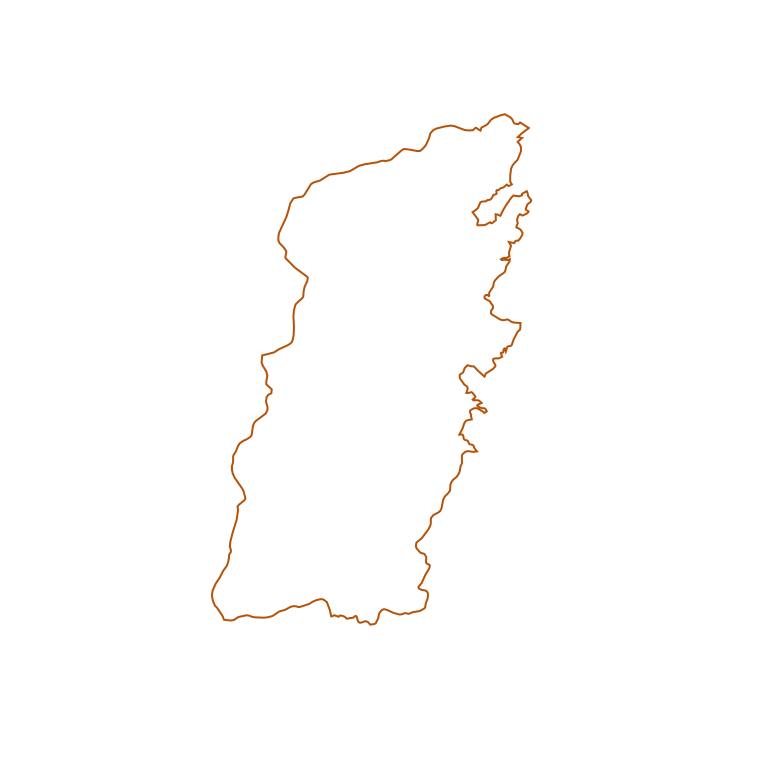 outline of Tam Dao, Vĩnh Phúc, Vietnam, rotated 233°
{"feature_id": "81297802B33900605812276", "entity_name": "Tam Dao", "entity_type": "district", "adm_level": 2, "iso_a3": "VNM", "parent_name": "Vietnam", "parent_adm1": "Vĩnh Phúc", "projection": "robinson", "projection_center": [105.582, 21.459], "detail": "fine", "context": "isolated", "style": "outline", "palette": "amber", "viewbox_px": 768, "rotation_deg": 233, "n_neighbors": 0, "source": "geoboundaries", "source_scale": "gbopen_adm2", "svg_char_len": 6166}
<svg xmlns="http://www.w3.org/2000/svg" viewBox="0 0 768 768"><g transform="rotate(233 384 384)"><path d="M586.7,423.2L584.7,417.9L580.2,412.2L576.0,406.3L568.2,391.7L567.1,390.2L565.2,388.3L562.6,386.3L560.6,385.5L559.1,385.4L553.8,386.1L549.1,385.9L548.1,385.4L544.7,381.6L543.8,381.1L530.4,382.9L515.8,387.2L514.9,387.2L512.5,384.8L509.4,379.1L506.6,375.8L502.3,372.0L501.8,370.5L501.1,363.1L500.7,361.2L499.3,359.2L496.6,356.0L492.8,352.6L483.3,346.1L477.5,341.3L474.4,337.9L473.2,336.0L472.7,334.6L472.7,332.7L473.0,330.0L475.0,320.9L475.4,315.2L480.1,303.9L475.0,299.3L472.1,298.3L464.8,297.5L460.9,295.9L456.7,291.4L454.5,289.8L447.3,291.1L444.5,288.6L445.0,284.7L444.0,282.1L440.8,279.1L436.4,277.4L434.6,276.3L433.3,275.1L432.0,272.7L431.6,271.3L431.6,259.1L431.1,257.1L429.6,254.4L423.4,248.1L422.4,246.5L422.2,245.0L422.5,241.0L423.4,236.7L423.4,232.9L422.2,229.9L419.4,225.3L417.9,221.3L417.0,220.0L412.6,216.6L409.5,212.7L406.5,210.7L403.8,209.4L398.9,208.3L385.2,207.8L382.6,207.2L376.3,204.6L375.5,203.6L375.2,202.4L374.9,195.5L374.3,193.3L371.7,191.9L370.3,190.7L364.3,184.7L356.4,173.7L350.9,166.8L347.1,163.1L343.7,161.9L342.0,160.6L341.0,157.9L340.2,156.9L339.0,156.0L335.9,152.8L333.4,149.1L331.6,143.2L328.2,136.2L325.9,129.6L322.3,123.1L319.4,119.9L317.0,118.4L313.3,116.7L308.4,115.6L306.1,116.0L297.7,115.6L295.2,115.3L292.1,114.3L287.4,119.2L285.9,122.0L285.5,127.6L282.0,135.1L279.9,137.1L277.9,138.2L275.6,140.2L269.6,147.5L267.7,150.7L266.2,154.2L265.7,156.2L265.4,163.4L263.2,169.0L262.3,175.0L261.1,178.0L259.5,179.9L257.4,181.4L256.6,182.6L253.4,191.7L253.0,196.2L252.3,199.2L250.8,202.9L249.7,204.8L248.4,205.8L246.9,206.4L244.2,207.1L236.3,204.8L230.2,202.0L229.6,203.0L229.3,205.1L225.4,207.7L225.7,209.0L225.3,210.0L223.0,211.9L221.6,212.6L219.1,213.0L218.3,213.9L217.8,215.6L216.0,218.4L216.0,221.6L215.7,221.9L214.5,222.1L210.2,220.5L208.8,220.6L208.1,220.9L207.2,222.1L205.8,226.4L203.8,227.9L200.1,228.2L198.1,231.8L197.9,233.4L200.4,238.5L202.7,240.8L204.0,242.9L204.6,245.1L204.7,247.0L204.3,248.2L203.6,249.1L201.3,250.7L195.4,253.9L190.4,257.8L189.6,259.2L188.3,263.1L185.6,265.3L184.4,269.8L181.2,275.8L180.5,280.6L180.7,282.3L183.8,285.5L186.5,289.8L189.2,292.3L190.4,293.1L192.6,293.4L194.5,292.5L196.3,290.7L198.8,289.0L200.2,288.8L201.3,289.6L202.4,294.4L206.5,301.8L209.6,309.3L211.4,311.4L212.4,311.4L214.3,310.3L215.5,310.0L217.5,311.0L219.9,313.4L223.0,314.0L224.4,313.8L226.7,311.9L227.8,311.5L233.1,311.1L235.2,311.8L237.5,314.0L237.9,314.9L238.1,321.4L241.1,331.7L242.9,335.5L244.0,337.0L248.1,340.3L248.9,341.5L249.6,344.6L248.7,350.0L248.8,352.6L250.0,355.0L255.8,361.4L257.5,364.6L258.3,370.1L259.2,372.7L263.6,376.4L265.0,378.7L265.9,381.4L266.1,386.3L267.5,390.0L268.8,392.0L272.2,395.6L273.9,398.8L278.8,402.2L280.5,403.9L281.0,407.7L280.0,410.5L276.0,414.5L274.2,417.7L278.5,417.6L280.5,418.3L281.9,418.2L284.6,416.0L288.2,416.7L291.3,414.7L292.2,414.7L294.9,416.1L296.3,416.2L297.0,415.6L298.2,413.7L301.3,420.1L304.3,424.4L305.2,426.9L305.0,428.5L302.9,432.8L306.0,434.2L306.9,435.0L309.7,435.7L310.9,436.7L310.9,438.6L310.5,440.9L310.0,442.1L308.3,444.0L302.1,446.5L300.5,446.6L300.3,449.6L302.3,450.0L304.0,449.8L304.9,448.5L307.5,446.5L310.6,445.4L311.1,446.2L310.1,450.5L313.2,450.0L314.3,449.4L317.3,445.5L318.2,445.4L318.4,448.7L319.2,449.5L324.1,449.3L324.9,448.9L326.1,445.9L327.4,444.4L329.6,447.8L331.4,448.7L332.6,448.7L334.9,447.8L342.6,448.0L344.6,449.0L345.8,450.2L345.6,454.1L348.2,458.1L348.7,462.0L345.2,464.7L344.0,466.4L338.9,466.9L329.4,468.7L331.1,471.6L330.4,480.0L331.1,483.6L332.7,484.6L334.7,484.6L337.1,485.2L338.3,486.4L337.1,489.0L335.8,490.3L335.1,492.2L334.7,494.8L338.3,495.8L338.5,496.4L337.5,497.9L337.6,498.4L339.6,500.3L339.9,501.7L339.6,501.8L336.6,500.8L339.4,504.6L339.3,506.0L338.1,508.0L338.3,509.5L341.4,514.1L345.2,521.8L345.5,525.1L346.6,526.5L350.6,529.7L354.9,524.7L357.0,523.2L360.4,522.0L361.4,521.3L362.9,517.9L365.5,515.6L374.9,511.9L376.0,512.0L377.9,513.4L379.2,517.0L380.9,518.0L386.7,518.2L391.0,516.2L392.2,516.1L392.8,516.4L393.6,517.4L393.7,519.1L392.8,520.2L391.3,520.5L391.1,521.1L393.6,522.9L396.1,529.8L398.8,532.7L399.9,534.8L400.9,540.4L400.7,547.2L401.3,548.8L404.5,552.7L406.2,557.6L407.0,558.8L408.0,559.6L408.2,557.9L411.0,554.6L412.1,552.7L413.2,552.5L413.1,554.1L412.2,556.1L410.9,557.9L410.5,561.1L413.2,562.4L414.6,563.9L415.6,565.5L418.1,568.7L422.2,569.2L418.1,572.9L418.9,574.3L419.0,575.2L418.7,576.2L417.7,577.5L418.4,580.7L420.0,584.4L421.2,585.5L424.8,586.0L428.2,584.8L428.9,584.1L429.5,584.1L430.1,584.5L431.9,587.6L435.0,589.0L436.1,590.4L437.6,592.9L437.8,594.8L435.4,595.8L435.0,596.4L434.2,600.7L434.3,602.5L434.9,603.3L437.7,602.2L438.5,602.5L440.9,606.2L441.2,607.2L441.2,610.9L442.2,612.2L447.3,612.2L450.0,613.5L452.1,614.0L452.8,608.7L451.7,607.8L452.6,604.8L456.7,600.7L456.2,597.8L453.5,589.4L451.3,584.1L448.3,578.2L451.0,576.6L452.4,575.3L447.5,571.9L447.4,567.6L447.7,566.5L449.3,566.1L450.2,560.2L454.3,554.4L455.2,554.3L458.4,558.1L468.0,558.2L467.7,561.6L468.1,565.2L470.6,569.3L471.1,570.6L470.8,571.8L468.5,575.6L468.6,577.4L467.5,579.2L467.3,580.7L467.9,582.8L469.0,584.5L469.0,585.5L468.1,587.9L468.3,588.5L470.6,589.9L470.9,590.8L469.9,592.3L470.2,594.7L469.2,597.4L469.3,602.1L467.2,602.6L466.7,604.0L466.5,606.3L469.4,606.4L474.6,610.3L479.5,615.1L481.2,618.2L482.1,621.7L482.7,625.7L487.4,633.4L491.1,636.1L494.1,636.6L497.0,636.5L497.4,642.3L500.7,639.5L501.2,644.6L501.3,653.7L511.0,650.1L510.7,648.7L510.9,647.4L513.3,645.1L514.7,644.9L518.1,645.7L520.9,645.4L526.8,642.8L528.5,638.6L530.4,632.1L530.6,628.3L529.2,623.1L529.5,619.4L530.2,616.3L528.3,613.5L533.2,611.7L533.6,611.2L533.1,608.0L534.9,605.0L538.1,601.4L547.4,595.5L550.1,593.0L553.3,587.1L556.5,579.5L557.1,576.3L556.4,572.1L552.9,567.4L549.6,561.3L548.7,557.4L548.4,553.4L548.9,552.3L550.4,550.4L556.0,545.3L559.1,542.1L559.8,541.0L560.0,538.7L559.0,525.5L559.3,523.2L561.0,519.7L562.7,517.9L564.1,515.3L565.0,512.2L571.2,500.6L573.3,495.3L574.5,484.8L577.1,478.8L584.1,466.3L585.0,455.4L587.3,449.0L587.5,446.7L587.5,445.7L583.3,435.1L582.6,432.1L586.4,424.5L586.7,423.2Z" fill="none" stroke="#b45309" stroke-width="2"/></g></svg>